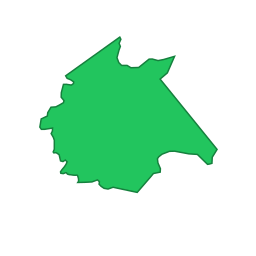 the district of Grimari, Ouaka, Central African Republic, rotated 232°
{"feature_id": "33826404B92675237545946", "entity_name": "Grimari", "entity_type": "district", "adm_level": 2, "iso_a3": "CAF", "parent_name": "Central African Republic", "parent_adm1": "Ouaka", "projection": "robinson", "projection_center": [19.988, 5.752], "detail": "fine", "context": "isolated", "style": "filled", "palette": "green", "viewbox_px": 256, "rotation_deg": 232, "n_neighbors": 0, "source": "geoboundaries", "source_scale": "gbopen_adm2", "svg_char_len": 1303}
<svg xmlns="http://www.w3.org/2000/svg" viewBox="0 0 256 256"><g transform="rotate(232 128 128)"><path d="M202.1,104.0L196.9,97.2L193.4,94.3L188.9,94.4L187.7,92.7L188.3,88.2L189.1,84.1L191.8,80.1L189.5,74.2L187.1,71.8L188.6,65.2L183.0,59.1L180.3,58.9L178.3,61.5L174.4,68.5L172.1,66.5L170.9,64.0L166.6,63.4L163.7,62.4L156.6,56.8L155.2,54.3L154.1,54.2L152.8,56.2L149.4,57.3L143.6,54.6L141.6,56.1L141.3,58.9L138.9,59.2L137.6,57.0L136.6,54.0L135.8,50.3L135.0,47.8L133.7,47.2L131.9,48.9L131.1,51.5L130.6,51.9L129.0,51.9L127.5,52.9L126.4,54.1L124.6,55.8L123.2,57.4L122.3,58.8L121.2,58.9L118.4,57.7L116.5,56.3L116.0,54.9L111.9,60.4L107.7,66.4L105.9,72.0L103.3,72.4L101.5,70.6L98.6,70.9L95.2,72.0L92.2,74.7L90.5,79.8L88.9,81.1L71.6,95.6L75.5,115.4L76.5,120.0L73.4,126.2L76.0,128.5L82.1,130.1L85.7,132.3L86.4,134.6L86.4,138.8L84.1,146.3L81.0,150.5L70.2,160.0L64.5,166.4L50.4,168.3L49.5,169.9L48.5,172.4L53.1,176.4L54.8,181.0L56.3,185.0L146.8,183.4L147.2,192.9L155.8,208.8L160.0,198.3L162.6,193.2L167.4,189.6L169.3,187.0L169.1,173.7L173.7,167.4L177.9,165.8L181.2,161.5L185.2,161.0L190.2,162.6L194.9,168.8L197.0,172.2L200.2,173.1L202.3,177.0L204.7,177.5L207.5,111.0L204.6,110.6L201.3,112.5L197.8,113.6L196.6,112.4L196.7,109.8L200.4,106.3L202.1,104.0Z" fill="#22c55e" stroke="#15803d" stroke-width="1.5"/></g></svg>